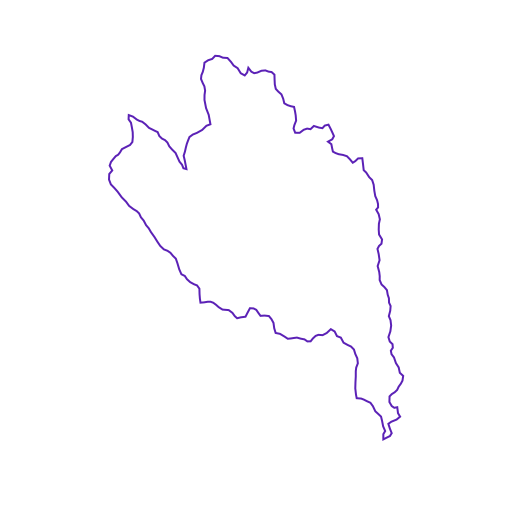 Arcos, Minas Gerais, Brazil (Equal Earth projection), rotated 169°
{"feature_id": "56859067B46067888754995", "entity_name": "Arcos", "entity_type": "district", "adm_level": 2, "iso_a3": "BRA", "parent_name": "Brazil", "parent_adm1": "Minas Gerais", "projection": "equal_earth", "projection_center": [-45.55, -20.235], "detail": "fine", "context": "isolated", "style": "outline", "palette": "violet", "viewbox_px": 512, "rotation_deg": 169, "n_neighbors": 0, "source": "geoboundaries", "source_scale": "gbopen_adm2", "svg_char_len": 3795}
<svg xmlns="http://www.w3.org/2000/svg" viewBox="0 0 512 512"><g transform="rotate(169 256 256)"><path d="M319.4,220.8L315.9,220.4L312.2,220.3L309.4,219.8L306.9,218.3L304.6,215.8L302.4,212.9L299.1,209.8L293.1,208.1L290.0,204.7L288.3,201.0L286.4,198.5L282.7,198.7L277.9,198.4L275.4,201.6L271.9,205.9L268.4,205.0L266.0,203.1L264.5,199.6L263.0,196.4L259.0,195.9L254.8,194.6L252.9,191.1L251.6,187.0L251.9,181.6L251.4,176.7L247.3,175.0L243.3,171.4L240.6,168.7L237.4,168.4L234.6,168.3L231.4,168.1L227.8,166.3L224.3,164.9L221.9,162.4L218.7,161.8L215.9,164.2L212.7,166.2L209.8,166.7L205.7,165.6L201.3,166.9L196.5,169.9L193.2,166.9L191.8,161.9L188.3,159.7L186.6,154.2L182.9,151.1L180.0,149.0L177.7,145.5L177.2,140.8L176.1,136.3L176.5,131.2L178.9,127.4L180.0,124.0L181.1,118.5L182.5,112.9L183.8,107.1L184.3,100.8L184.3,97.2L180.0,96.0L177.6,94.5L174.8,92.3L171.7,90.1L169.9,86.3L168.5,80.8L166.2,77.7L163.9,74.5L163.7,70.0L163.7,64.6L162.6,59.5L165.0,56.8L166.0,51.7L162.6,52.7L158.9,53.7L156.6,56.2L157.5,61.0L158.1,66.0L154.8,67.5L149.2,68.6L145.2,70.8L146.6,74.6L146.2,80.6L149.2,80.6L151.4,82.8L152.9,87.2L151.7,92.7L149.1,94.5L145.8,95.8L143.0,97.6L140.8,100.6L138.2,103.0L136.0,105.7L134.4,110.2L137.1,113.9L137.2,119.4L139.1,124.2L139.9,130.1L141.7,133.7L141.7,137.3L139.2,139.8L138.8,143.4L141.0,146.5L141.5,151.1L138.5,156.4L136.6,161.9L136.2,167.3L137.1,171.6L134.7,176.6L133.4,181.2L134.3,184.8L133.6,189.2L134.1,192.8L134.0,197.5L135.9,201.0L138.2,204.1L139.2,208.8L138.4,212.6L138.1,216.8L138.5,222.9L135.5,228.3L135.2,234.5L135.4,239.8L133.3,242.4L130.5,244.1L129.1,248.2L131.1,253.6L130.5,258.5L129.2,264.2L127.4,268.4L127.6,273.7L129.2,278.5L126.9,280.4L126.3,283.8L126.5,287.7L127.5,292.0L127.4,297.4L126.9,303.5L127.5,308.4L129.8,311.7L131.9,316.9L133.9,319.7L133.4,326.0L133.0,331.7L137.2,332.3L140.4,330.2L143.2,329.1L145.4,333.1L147.7,336.6L151.3,338.6L155.5,340.2L158.3,341.9L160.6,343.8L160.7,347.5L160.7,351.4L163.5,354.5L158.9,356.0L156.6,358.8L157.4,362.3L158.4,366.3L159.8,371.1L163.6,370.9L166.4,368.8L169.6,370.0L174.4,372.6L178.3,370.1L181.5,371.3L185.1,370.8L189.6,368.6L194.0,369.5L194.8,374.0L193.4,377.1L190.8,381.2L190.2,386.5L190.1,390.4L190.2,395.1L193.3,396.4L196.3,398.1L199.1,400.5L199.3,405.2L200.2,409.8L202.8,413.2L204.7,416.3L204.8,420.8L204.1,425.6L203.3,430.5L205.6,433.6L208.5,434.6L211.4,436.4L215.3,436.8L219.8,435.8L222.9,435.8L225.4,437.8L227.6,442.2L229.7,437.8L232.6,435.4L236.1,438.3L238.2,443.9L241.6,447.2L243.5,451.3L246.2,455.8L250.7,457.0L253.9,459.2L257.9,460.3L261.4,457.8L265.6,457.3L269.7,455.6L271.3,450.7L273.1,446.9L275.1,443.9L276.2,440.3L275.3,436.0L274.3,432.4L274.4,428.0L275.8,423.9L276.8,419.0L276.8,414.9L276.8,410.7L275.5,403.6L275.6,394.0L279.8,393.3L284.8,390.0L290.6,388.1L294.8,387.3L298.6,385.5L300.8,382.1L302.5,379.3L304.1,376.0L305.8,372.1L307.9,368.2L307.7,363.7L307.7,360.0L307.7,354.6L310.5,356.0L311.2,359.7L313.1,363.2L314.1,367.4L315.3,372.5L318.1,376.6L320.2,380.2L321.3,384.3L323.2,387.1L325.9,389.2L328.0,392.2L328.9,396.4L331.4,398.2L333.7,400.0L336.6,402.2L339.3,406.3L342.1,409.5L344.6,410.8L346.9,412.6L350.2,416.3L354.0,418.6L355.0,414.5L353.3,410.7L353.3,406.1L353.4,401.1L354.2,396.3L355.6,391.5L358.5,389.0L363.1,387.7L367.2,386.5L369.8,383.6L372.0,381.7L374.6,380.8L377.7,378.3L380.4,376.0L382.4,372.6L380.8,367.4L384.4,364.5L385.7,359.1L384.8,354.0L382.0,349.7L379.6,345.6L376.6,339.2L373.2,334.1L371.0,329.4L367.5,325.5L364.5,322.8L362.6,320.1L361.6,316.0L359.5,312.2L358.0,307.2L356.0,303.7L354.6,299.6L352.0,293.9L350.1,288.9L348.1,284.2L345.2,280.1L341.9,278.0L339.4,275.5L337.5,272.0L335.2,268.7L334.5,263.8L333.9,257.6L332.7,252.3L329.7,250.0L328.2,246.4L325.6,242.9L322.1,240.0L319.5,238.4L317.8,234.7L318.7,229.3L319.2,224.9L319.4,220.8Z" fill="none" stroke="#5b21b6" stroke-width="2"/></g></svg>